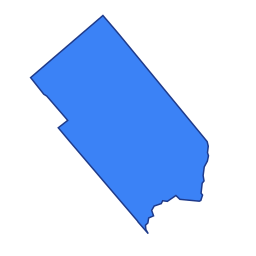 Fremont, Colorado, United States of America (Albers equal-area conic projection), rotated 230°
{"feature_id": "52423323B14267745196837", "entity_name": "Fremont", "entity_type": "district", "adm_level": 2, "iso_a3": "USA", "parent_name": "United States of America", "parent_adm1": "Colorado", "projection": "albers", "projection_center": [-105.647, 38.478], "detail": "fine", "context": "isolated", "style": "filled", "palette": "blue", "viewbox_px": 256, "rotation_deg": 230, "n_neighbors": 0, "source": "geoboundaries", "source_scale": "gbopen_adm2", "svg_char_len": 618}
<svg xmlns="http://www.w3.org/2000/svg" viewBox="0 0 256 256"><g transform="rotate(230 128 128)"><path d="M229.6,117.5L229.2,85.8L208.0,85.2L204.7,86.3L176.5,86.7L172.6,86.7L173.0,74.7L155.7,74.7L50.8,75.5L49.4,75.3L34.1,75.6L38.7,76.4L42.3,78.9L42.5,82.2L45.8,86.0L44.3,91.1L49.7,93.2L51.4,97.9L48.7,104.9L50.0,107.8L46.5,111.0L45.5,121.3L40.0,121.9L26.1,135.6L25.7,137.2L28.7,142.0L31.1,142.1L38.0,149.3L38.6,152.2L43.3,155.0L49.2,161.4L51.6,167.5L55.0,171.8L58.0,173.0L62.5,177.8L66.7,179.9L204.7,181.3L209.5,181.3L230.3,181.1L230.0,153.4L229.6,117.5Z" fill="#3b82f6" stroke="#1e3a8a" stroke-width="1.5"/></g></svg>